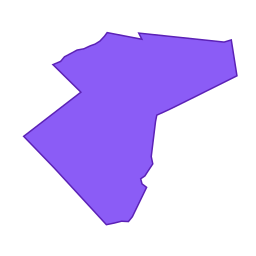 the district of Cordilheira Alta, Santa Catarina, Brazil, rotated 276°
{"feature_id": "56859067B61939757447304", "entity_name": "Cordilheira Alta", "entity_type": "district", "adm_level": 2, "iso_a3": "BRA", "parent_name": "Brazil", "parent_adm1": "Santa Catarina", "projection": "natural_earth1", "projection_center": [-52.641, -26.979], "detail": "fine", "context": "isolated", "style": "filled", "palette": "violet", "viewbox_px": 256, "rotation_deg": 276, "n_neighbors": 0, "source": "geoboundaries", "source_scale": "gbopen_adm2", "svg_char_len": 577}
<svg xmlns="http://www.w3.org/2000/svg" viewBox="0 0 256 256"><g transform="rotate(276 128 128)"><path d="M226.4,221.5L223.5,214.6L223.5,128.8L217.7,132.5L220.7,97.3L216.8,95.0L211.5,91.0L208.0,86.5L205.8,81.9L202.1,75.7L200.2,69.2L196.6,64.0L192.2,57.4L187.2,54.0L183.2,46.7L158.7,77.4L108.8,25.1L80.7,58.6L29.6,116.6L32.0,124.2L34.6,131.3L35.0,138.2L40.2,141.6L70.9,152.7L73.9,147.8L78.8,145.9L82.1,149.8L87.8,152.7L94.9,156.4L102.0,154.1L137.2,154.7L143.8,155.3L150.5,166.7L161.6,184.3L191.3,230.9L226.4,221.5Z" fill="#8b5cf6" stroke="#5b21b6" stroke-width="1.5"/></g></svg>